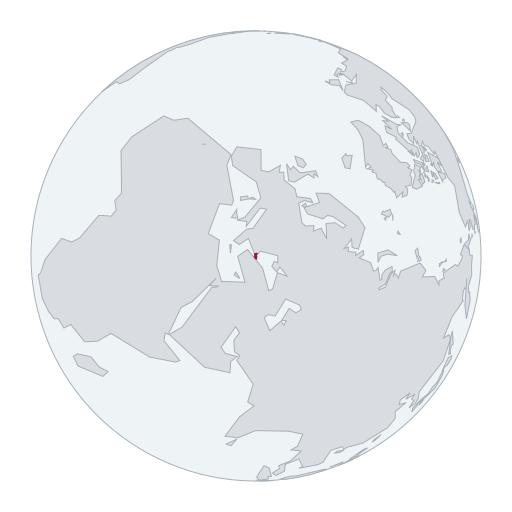 Istanbul highlighted on a globe, orthographic projection, rotated 76°
{"feature_id": "TUR-2265", "entity_name": "Istanbul", "entity_type": "Province", "adm_level": 1, "iso_a3": "TUR", "parent_name": "Turkey", "parent_adm1": "", "projection": "orthographic", "projection_center": [28.93, 41.208], "detail": "fine", "context": "on_globe", "style": "filled", "palette": "rose", "viewbox_px": 512, "rotation_deg": 76, "n_neighbors": 0, "source": "natural_earth", "source_scale": "10m", "svg_char_len": 11499}
<svg xmlns="http://www.w3.org/2000/svg" viewBox="0 0 512 512"><g transform="rotate(76 256 256)"><circle cx="256" cy="256" r="225" fill="#eef3f6" stroke="#a8b0b8"/><path d="M185.7,42.0L189.3,41.0L182.9,43.0L186.1,42.3L194.3,40.0L199.0,38.7L221.2,37.1L248.4,35.9L257.3,34.4L255.2,36.1L272.1,33.2L287.1,34.3L270.0,33.9L268.1,34.6L278.1,35.5L278.4,36.5L283.3,37.7L282.7,39.0L272.8,39.3L272.2,40.3L279.3,40.9L283.2,43.1L272.8,42.0L278.5,45.8L262.9,48.2L235.6,46.2L226.7,50.6L197.8,57.3L200.2,58.6L190.7,62.7L189.9,65.9L184.8,66.7L188.6,68.7L193.5,67.4L196.7,67.9L196.7,69.9L190.2,71.1L189.2,70.3L187.3,71.7L184.0,71.5L185.7,72.7L177.7,74.3L185.5,75.7L179.1,79.5L173.8,79.8L174.6,75.8L164.3,68.4L159.2,68.4L151.3,71.9L136.0,86.2L130.3,88.3L122.4,93.9L125.4,94.3L132.6,90.1L136.3,92.8L144.7,88.0L147.4,88.6L155.9,85.7L154.4,90.6L148.2,97.0L141.0,99.9L138.1,103.0L144.7,104.2L131.1,113.9L121.9,128.4L118.4,130.7L111.9,127.4L112.5,116.9L104.2,114.7L109.3,120.9L100.5,127.5L98.9,130.8L99.2,133.5L102.4,133.0L99.3,136.5L93.2,131.2L95.9,127.9L97.8,129.4L98.0,124.8L93.8,122.2L89.7,126.2L87.7,119.6L84.7,122.6L82.6,123.2L87.5,118.7L78.7,126.9L75.7,123.7L63.6,139.4L75.8,121.9L80.4,115.5L84.9,109.6L82.8,111.9L84.9,109.4L96.9,96.5L109.8,84.6L123.5,73.8L138.1,64.0L153.4,55.4L169.3,48.1L185.7,42.0ZM39.9,192.2L39.8,192.6L39.4,194.0L39.9,192.2ZM37.9,199.8L38.4,197.9L36.2,206.9L34.7,222.4L34.2,223.4L32.5,248.5L34.6,268.7L35.0,279.4L34.4,282.1L36.0,288.7L36.1,291.7L46.1,317.8L54.2,336.5L55.9,346.6L53.1,349.4L59.4,366.0L51.6,350.7L45.0,334.8L39.6,318.5L35.4,301.9L32.6,285.0L31.0,267.9L30.8,250.7L31.8,233.6L34.2,216.5L37.9,199.8ZM62.4,140.9L60.7,143.8L50.2,165.7L53.0,158.4L53.1,158.5L56.4,151.8L61.5,142.3L62.1,141.3L62.4,140.9ZM63.1,141.9L64.6,138.9L63.5,141.2L63.1,141.9ZM201.0,38.1L194.5,39.9L186.9,41.9L192.3,40.2L201.0,38.1ZM215.3,35.8L212.3,36.6L209.0,36.5L211.7,36.1L215.3,35.8ZM263.6,33.5L258.3,33.4L263.4,33.2L263.6,33.5ZM284.1,37.6L285.6,37.4L287.6,38.2L284.1,37.6ZM156.2,83.3L156.0,84.5L154.5,84.4L156.2,83.3ZM160.1,81.1L158.5,80.2L160.0,79.0L161.0,79.6L160.1,81.1ZM288.4,41.1L291.1,42.6L286.6,41.0L288.4,41.1ZM161.7,82.6L163.1,77.1L165.9,75.1L172.0,75.9L161.7,82.6ZM291.6,43.5L298.3,47.8L302.1,47.5L295.1,51.2L291.7,46.0L285.6,44.0L290.3,44.4L291.6,43.5ZM195.0,66.2L189.9,67.6L194.2,64.7L195.0,66.2ZM197.0,64.2L205.5,55.3L213.1,54.5L208.7,57.4L218.6,55.3L218.1,59.1L212.6,61.2L207.7,60.9L211.2,62.7L197.0,64.2ZM290.2,52.8L290.3,54.1L288.3,52.8L290.2,52.8ZM198.4,67.9L199.4,66.0L206.1,65.1L205.2,68.7L203.4,67.8L198.4,67.9ZM221.4,53.0L226.2,53.1L227.1,56.2L229.1,56.8L218.7,59.2L221.4,53.0ZM201.8,69.0L204.6,70.6L201.5,72.9L197.8,69.7L201.8,69.0ZM208.2,63.4L211.3,63.2L209.3,64.4L208.2,63.4ZM191.8,82.6L192.9,80.0L196.5,79.2L191.8,82.6ZM205.9,71.1L206.9,70.3L208.5,69.8L209.6,71.4L205.9,71.1ZM220.1,61.4L219.5,62.7L224.4,60.5L225.3,63.0L218.2,64.3L221.6,64.8L221.9,65.6L215.8,65.8L220.1,61.4ZM215.3,71.5L206.6,74.5L203.8,79.2L200.5,79.9L205.7,72.2L215.3,71.5ZM216.1,68.1L214.9,70.3L211.5,69.9L210.2,68.2L216.1,68.1ZM228.4,64.4L228.9,60.2L230.4,60.1L228.4,64.4ZM215.2,72.9L217.3,72.2L215.4,73.3L215.2,72.9ZM225.1,67.0L225.1,65.5L226.8,65.4L225.1,67.0ZM221.5,72.2L218.7,73.1L217.8,71.8L221.5,72.2ZM223.7,69.9L226.1,70.2L219.1,70.9L223.4,69.2L223.7,69.9ZM226.8,67.2L227.8,66.6L226.6,67.9L226.8,67.2ZM226.8,76.8L218.1,77.9L216.0,75.1L224.7,74.2L226.8,76.8ZM110.3,347.6L97.8,311.6L104.4,302.9L105.9,288.7L151.5,255.8L160.9,262.3L196.5,264.4L200.8,267.2L196.3,278.7L222.7,296.9L231.7,287.7L255.9,296.4L272.3,295.6L278.8,273.0L251.9,273.8L247.6,262.7L269.4,252.5L292.9,252.0L291.9,247.8L277.4,239.2L283.1,230.6L272.4,235.5L276.5,239.8L269.9,243.2L265.7,239.6L267.9,236.6L260.9,234.8L252.4,250.6L255.6,256.6L237.1,259.1L240.8,269.5L235.7,274.1L227.6,258.2L228.6,252.5L213.2,234.3L210.5,240.4L224.8,258.2L220.2,256.5L216.6,265.7L215.7,257.4L200.8,237.2L184.3,237.8L162.7,256.7L153.2,255.8L145.5,248.1L153.9,225.5L174.2,230.3L177.5,223.2L173.9,210.4L180.4,213.2L181.4,208.9L189.1,210.3L200.5,201.8L208.4,202.2L213.4,189.2L218.1,187.9L213.8,195.8L215.1,201.8L234.9,203.4L238.9,200.8L240.5,192.5L245.7,194.3L244.8,186.1L256.4,183.3L241.4,180.1L242.9,171.1L250.2,164.6L248.0,161.3L236.2,172.0L233.9,177.0L236.2,182.0L227.6,195.9L220.7,197.7L219.5,181.5L209.6,182.4L213.0,170.1L242.8,147.4L255.0,143.4L274.1,155.1L271.0,160.7L262.6,159.1L270.0,168.6L269.6,164.0L273.9,165.7L276.5,158.3L279.7,159.2L276.6,150.7L280.9,151.1L282.7,156.5L290.1,146.5L299.0,145.6L299.1,143.0L296.7,140.4L309.6,141.4L309.1,139.5L304.7,138.3L300.9,133.9L299.1,126.6L303.7,127.3L304.9,130.0L314.4,137.2L317.0,144.8L318.6,144.5L317.5,138.1L305.9,129.2L303.6,124.6L309.6,128.0L307.2,126.4L307.5,124.4L312.0,123.3L305.7,119.3L302.5,98.4L310.9,94.7L316.6,99.6L319.1,87.6L328.4,85.5L324.3,84.3L322.8,78.4L319.9,78.9L317.8,78.0L312.5,64.6L314.8,62.4L307.9,56.4L305.8,55.9L303.7,57.1L295.1,51.2L302.1,47.5L306.5,48.6L307.9,46.0L317.7,49.3L326.5,51.2L336.5,57.1L342.6,58.5L342.4,57.4L350.6,58.9L367.9,67.0L354.6,65.3L328.7,56.8L339.4,60.4L337.2,61.2L341.1,63.7L348.6,66.4L349.3,65.6L362.5,80.5L380.9,93.7L379.1,87.5L383.5,87.3L402.9,99.6L427.2,130.5L433.4,132.8L437.5,137.2L440.3,144.2L434.4,137.9L432.4,139.6L428.6,135.3L431.2,145.3L426.0,139.6L430.5,150.7L434.8,153.0L434.5,145.9L440.7,158.5L447.4,160.4L454.3,169.6L463.4,197.6L463.6,213.7L464.9,217.6L461.9,218.2L462.6,230.3L472.1,240.7L473.5,246.3L472.3,265.6L471.5,261.8L463.4,263.3L465.3,278.2L471.6,280.3L473.8,289.8L470.6,292.5L467.8,284.5L464.9,284.7L463.3,272.5L456.2,259.3L452.6,268.9L450.6,261.7L440.2,253.6L433.8,267.0L425.3,298.6L428.0,317.5L423.4,329.7L408.1,310.9L401.0,294.2L395.6,299.4L379.7,289.7L352.7,299.9L348.8,295.8L343.7,300.0L332.5,297.9L326.4,290.5L319.7,292.8L336.0,311.9L343.1,309.4L349.0,298.6L352.2,306.0L363.0,309.5L351.5,332.8L311.2,359.1L307.2,345.1L275.8,306.6L276.6,301.6L276.5,301.0L276.1,300.0L273.4,308.3L267.9,300.1L284.8,328.8L287.7,341.0L310.7,360.0L308.6,362.7L315.9,365.8L339.2,355.1L339.4,359.8L328.4,383.6L296.0,415.4L300.3,430.5L297.9,442.9L277.6,452.3L279.4,459.8L268.9,463.0L268.2,466.8L259.8,470.6L245.7,473.6L221.9,471.9L220.4,469.1L208.4,461.5L191.9,440.4L197.9,431.4L195.7,422.5L178.5,398.6L182.3,386.9L177.6,380.5L168.1,379.6L162.8,371.6L157.0,369.9L121.1,361.5L110.3,347.6ZM135.6,277.2L134.3,281.5L135.6,277.2ZM317.9,263.0L331.8,260.7L325.2,247.6L330.1,245.8L326.1,242.3L324.7,246.7L314.9,236.6L320.8,231.0L318.9,225.0L314.2,225.5L304.9,237.6L318.9,251.9L315.8,258.5L317.9,263.0ZM34.7,222.8L34.2,226.6L34.2,224.1L34.7,222.8ZM51.6,161.2L50.3,164.1L49.0,167.1L49.8,165.2L50.6,163.5L51.6,161.2ZM43.6,187.4L42.7,191.9L42.9,188.7L43.6,187.4ZM48.9,169.0L44.2,184.2L44.7,179.4L48.0,170.0L46.7,174.3L48.9,169.0ZM60.4,145.3L59.2,147.8L58.4,148.8L60.4,145.3ZM62.3,143.7L62.5,143.1L63.8,140.9L62.3,143.7ZM100.8,127.8L101.2,128.3L100.8,131.5L99.5,130.9L100.8,127.8ZM108.0,141.5L102.9,146.9L105.6,142.4L102.8,142.3L105.0,133.1L116.7,131.5L111.0,133.7L108.0,141.5ZM111.3,121.1L108.5,126.6L111.1,120.7L111.3,121.1ZM179.4,185.1L181.8,188.8L178.6,193.3L168.5,194.2L173.1,187.4L179.4,185.1ZM186.1,193.0L187.7,177.5L194.0,176.8L190.2,179.8L194.2,180.9L189.1,185.9L193.6,201.0L191.0,206.1L173.8,204.0L180.8,201.7L178.0,198.0L186.1,193.0ZM180.7,143.8L181.5,138.3L194.1,143.7L191.9,148.2L181.8,149.0L178.4,144.1L180.7,143.8ZM172.2,85.6L171.7,84.0L173.5,83.6L175.4,84.5L172.2,85.6ZM192.0,81.5L176.4,92.2L175.0,90.8L167.5,99.4L160.9,99.3L166.0,93.6L155.3,100.3L157.2,95.2L150.4,100.2L162.4,87.7L163.7,83.8L164.8,88.1L170.8,88.2L173.8,87.0L183.3,81.1L189.1,73.3L196.0,72.6L199.3,74.1L198.9,75.9L194.6,75.7L197.2,78.2L190.7,79.4L192.0,81.5ZM234.2,100.0L229.3,97.9L233.6,105.4L227.0,105.6L227.9,106.5L223.0,108.9L218.7,113.5L215.7,112.9L215.3,115.0L212.0,116.8L210.5,119.6L204.7,119.6L202.3,123.1L200.9,121.2L198.3,127.2L197.6,122.8L193.3,125.1L196.3,128.2L168.8,124.2L157.8,126.7L149.0,131.6L149.0,124.0L157.3,115.0L169.3,106.9L179.9,105.8L178.0,102.9L182.5,101.6L182.1,104.5L185.4,99.4L189.0,99.2L199.7,93.5L202.2,86.9L206.2,84.9L207.0,87.4L210.4,83.7L214.7,87.2L217.6,85.9L224.8,88.4L224.7,94.4L228.0,92.6L233.6,94.8L234.2,100.0ZM228.6,77.6L230.0,84.1L227.1,87.7L215.8,81.9L212.6,82.6L205.3,79.6L209.7,74.7L211.3,75.9L214.0,76.1L211.6,77.5L215.5,76.5L218.0,78.3L221.7,78.0L221.1,80.1L228.6,77.6ZM206.1,263.4L209.5,264.4L215.0,264.5L212.8,270.6L206.1,263.4ZM195.7,249.7L198.8,249.4L198.4,257.5L194.8,256.7L195.7,249.7ZM200.9,242.7L199.0,248.8L197.9,245.0L200.9,242.7ZM216.8,195.2L220.2,194.6L220.4,196.6L218.4,199.4L216.8,195.2ZM245.5,124.1L243.1,121.9L244.2,120.9L243.2,114.6L247.9,114.2L250.5,117.8L245.5,124.1ZM274.0,277.1L269.1,281.7L266.7,279.8L268.9,278.6L274.0,277.1ZM239.3,277.1L247.1,280.2L238.6,278.7L239.3,277.1ZM250.5,122.6L249.5,120.0L252.5,121.5L250.5,122.6ZM251.4,113.6L255.0,114.7L248.4,113.4L251.4,113.6ZM335.8,433.7L319.7,455.3L309.2,457.5L307.7,452.9L313.9,440.6L326.2,434.7L332.3,427.5L335.8,433.7ZM477.3,298.0L475.4,306.1L473.4,310.8L474.5,306.3L477.6,296.0L478.1,293.4L477.3,298.0ZM474.3,306.8L470.6,308.9L461.4,299.0L464.8,294.5L473.5,294.3L473.1,297.7L475.3,297.9L474.3,306.8ZM480.3,276.5L479.3,284.0L478.4,287.1L477.9,280.5L478.2,273.9L479.1,270.6L479.5,240.2L480.3,239.4L480.8,250.6L481.3,253.2L481.0,266.5L480.7,271.6L480.3,276.5ZM429.0,318.7L434.1,326.2L431.2,330.4L429.0,318.7ZM477.4,223.0L478.8,235.8L476.8,221.1L477.4,223.0ZM475.0,211.0L476.0,214.3L475.0,213.0L475.0,211.0ZM467.0,222.7L466.2,227.3L465.1,224.8L465.5,217.6L467.0,222.7ZM459.5,177.6L463.5,185.0L464.8,188.2L462.5,185.5L459.5,177.6ZM289.9,118.7L286.0,127.8L286.4,134.7L291.6,139.0L282.6,137.1L282.1,126.4L289.9,118.7ZM300.4,100.6L295.9,97.4L298.9,96.6L300.3,97.2L300.4,100.6ZM297.0,100.2L289.4,100.5L287.5,97.3L293.9,97.7L297.0,100.2ZM270.0,110.9L268.5,113.5L266.1,112.1L270.0,110.9ZM478.7,222.1L478.4,220.9L479.2,227.1L476.6,210.8L477.3,213.6L478.7,222.1ZM476.8,212.9L477.6,218.6L476.1,209.9L476.8,212.9ZM477.2,217.5L476.2,213.6L476.1,211.3L477.2,217.5ZM476.6,211.2L474.6,203.3L475.5,206.1L476.6,211.2ZM473.3,205.3L475.0,206.2L474.6,211.1L469.5,197.8L469.3,194.1L473.3,205.3ZM439.9,134.0L437.1,131.3L435.5,127.6L437.8,130.5L439.9,134.0ZM427.6,114.3L434.1,125.8L438.9,135.8L439.7,135.2L445.0,142.7L441.2,140.4L434.3,129.1L431.6,122.7L426.6,117.2L421.8,110.3L415.8,105.5L412.2,101.5L416.8,104.1L427.6,114.3ZM413.3,103.7L401.2,94.3L400.2,90.3L402.7,91.4L408.6,97.3L408.8,99.0L413.3,103.7ZM398.0,91.0L398.0,92.8L380.2,85.8L376.2,83.5L389.2,85.9L389.9,87.8L394.5,90.4L398.0,91.0ZM292.7,54.1L290.6,54.1L291.8,53.3L292.7,54.1ZM316.2,78.4L313.6,77.0L315.1,75.8L316.2,78.4ZM307.2,72.6L307.3,74.8L305.3,72.1L307.2,72.6ZM307.8,80.1L306.4,75.6L310.5,80.4L307.8,80.1Z" fill="#d9dde1" stroke="#a8b0b8" stroke-width="1"/><path d="M253.9,254.7L253.9,254.8L254.4,255.1L255.0,255.3L255.9,255.8L256.2,255.8L256.3,255.9L256.5,255.8L256.5,256.0L256.4,256.1L256.4,256.3L256.4,256.5L256.2,256.6L256.2,256.8L255.9,256.9L255.7,256.9L255.7,257.0L255.6,256.9L255.1,256.9L255.0,256.7L254.9,256.7L255.0,256.6L254.9,256.6L254.9,256.8L254.6,256.7L254.4,256.6L254.2,256.5L253.9,256.5L253.7,256.3L253.7,256.0L253.7,255.7L253.8,255.4L253.8,255.2L253.7,254.9L253.9,254.7L253.9,254.7ZM257.0,257.3L256.9,257.3L256.8,257.2L256.6,257.2L256.3,256.9L256.3,256.7L256.2,256.7L256.3,256.7L256.4,256.4L256.5,256.3L256.4,256.2L256.5,256.1L256.7,255.9L256.8,255.9L257.4,256.0L258.0,256.1L258.8,256.2L258.8,256.4L258.8,256.5L258.7,256.7L258.6,256.8L258.4,256.9L258.2,257.0L257.9,257.1L257.8,256.9L257.7,256.8L257.4,256.9L257.3,257.0L257.2,257.0L257.0,257.3Z" fill="#f43f5e" stroke="#9f1239" stroke-width="1.5"/></g></svg>